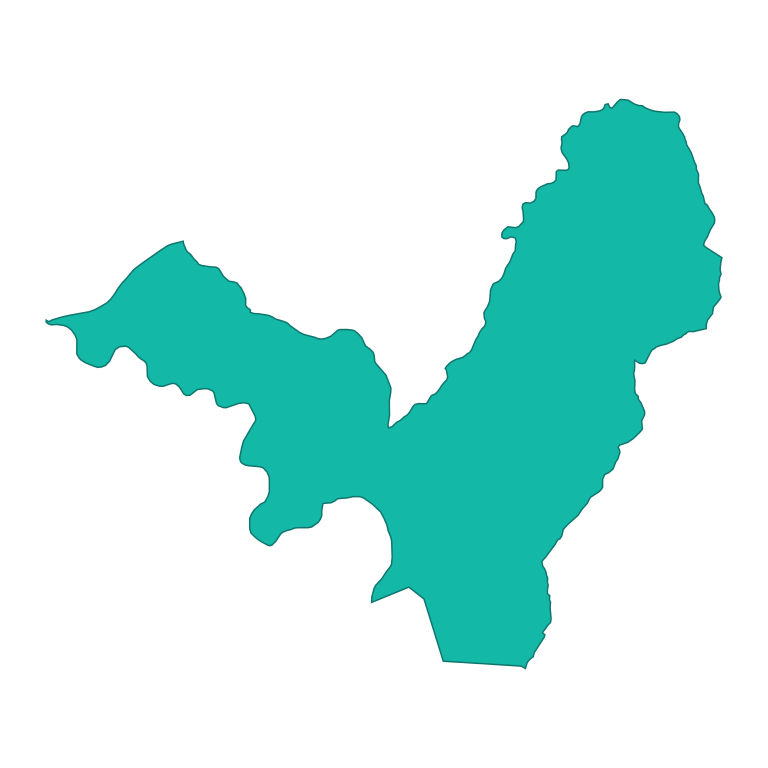 Phuentsholing, Chhukha, Bhutan
{"feature_id": "84629894B40040749916025", "entity_name": "Phuentsholing", "entity_type": "district", "adm_level": 2, "iso_a3": "BTN", "parent_name": "Bhutan", "parent_adm1": "Chhukha", "projection": "albers", "projection_center": [89.394, 26.918], "detail": "fine", "context": "isolated", "style": "filled", "palette": "teal", "viewbox_px": 768, "rotation_deg": 0, "n_neighbors": 0, "source": "geoboundaries", "source_scale": "gbopen_adm2", "svg_char_len": 6107}
<svg xmlns="http://www.w3.org/2000/svg" viewBox="0 0 768 768"><path d="M46.2,320.2L46.1,322.0L47.7,323.5L50.8,324.8L57.2,324.5L63.9,325.5L67.7,327.0L71.5,330.0L74.9,334.9L76.9,339.6L76.8,353.9L78.6,357.2L80.8,359.8L85.3,362.7L93.7,366.1L97.9,367.4L101.8,366.9L105.5,365.4L109.6,361.2L114.7,350.5L116.1,348.9L119.6,346.7L125.9,346.2L128.5,347.2L135.4,353.5L138.5,357.0L140.8,358.9L144.5,361.2L146.0,362.9L147.1,366.1L147.4,376.6L150.4,381.4L154.0,384.4L159.2,386.1L163.3,386.3L171.1,383.6L173.3,383.4L175.9,384.0L179.4,387.0L183.8,393.9L186.2,395.5L190.1,395.2L197.2,389.6L204.1,388.7L207.3,388.7L209.0,389.2L213.0,391.2L214.2,393.4L216.3,402.6L217.2,404.5L218.5,405.8L223.3,407.6L226.1,407.7L238.8,403.4L243.3,402.8L246.1,403.1L248.9,403.9L255.3,416.5L255.7,419.5L255.4,421.1L253.5,423.9L243.5,441.0L241.8,447.1L239.9,456.5L239.7,458.2L240.5,461.5L242.5,463.6L245.6,465.1L248.5,465.7L260.4,466.8L263.2,467.9L266.9,471.8L269.1,476.7L269.4,481.4L269.3,491.9L267.8,496.6L264.7,502.1L260.6,504.1L254.3,509.9L251.7,513.6L249.7,518.4L249.7,528.5L250.9,532.9L254.7,536.8L258.0,539.5L261.5,541.8L268.1,545.3L270.1,545.7L271.9,545.1L275.9,541.2L280.6,534.0L282.8,532.2L286.4,530.7L291.1,529.5L294.4,528.1L298.0,527.7L308.0,527.7L311.6,527.0L318.1,522.5L320.2,519.5L321.7,515.9L321.8,510.1L322.9,503.7L323.9,503.3L330.9,502.8L334.8,501.0L337.6,498.7L347.9,497.8L352.1,496.8L355.1,496.6L360.4,496.7L364.1,498.3L372.4,504.1L380.7,512.0L384.3,518.9L386.9,525.0L388.3,531.2L390.5,536.3L391.7,541.2L392.2,557.2L391.5,564.4L390.3,566.7L386.6,571.4L381.6,579.0L375.8,585.2L374.1,588.3L371.9,596.7L371.6,602.4L408.9,587.1L424.0,599.0L443.3,661.2L521.1,666.1L525.4,668.5L527.2,662.5L530.0,659.1L533.3,656.7L534.1,652.8L544.4,636.9L544.9,634.8L542.6,633.0L543.0,631.9L548.0,625.1L550.4,622.6L551.0,619.8L551.0,617.4L550.1,608.1L550.5,602.1L549.5,599.9L549.7,595.6L547.5,593.8L547.4,592.0L547.4,589.8L548.2,585.3L547.3,581.8L547.6,580.1L547.5,577.7L546.5,575.1L546.0,572.3L544.7,568.9L542.9,566.4L542.1,563.5L542.0,561.7L542.7,560.4L545.8,556.9L555.4,544.0L557.5,540.1L560.1,538.6L561.7,536.1L563.3,529.4L567.4,524.8L578.0,515.3L582.2,509.0L587.1,503.5L590.3,497.4L599.4,491.5L601.5,489.2L602.6,487.1L602.6,479.1L604.8,474.5L608.9,472.5L613.1,468.9L615.6,462.2L617.6,459.3L619.9,452.5L619.4,449.7L618.0,447.5L619.6,445.1L627.7,442.4L633.1,438.7L639.5,432.6L642.4,429.0L641.6,420.9L644.6,414.7L644.6,411.4L640.9,402.7L638.4,399.3L638.1,396.1L635.3,393.6L634.6,389.1L635.0,380.5L634.1,376.8L633.7,373.2L634.4,370.6L634.7,365.2L634.5,361.6L634.8,360.2L639.5,363.3L642.3,363.6L645.1,363.0L650.2,352.9L652.0,350.0L654.4,348.6L656.2,347.0L661.2,345.2L666.1,344.2L673.0,341.4L677.5,338.5L681.1,337.3L684.2,334.4L685.6,334.0L686.8,332.7L688.7,331.5L693.6,331.6L706.2,328.6L706.4,326.1L706.2,325.0L707.0,321.9L707.7,319.9L712.5,313.6L713.4,307.2L717.9,301.8L720.8,297.9L720.9,296.4L720.2,294.9L719.1,291.3L718.6,286.0L718.6,283.3L719.4,280.5L719.6,277.4L721.0,274.1L720.1,269.5L720.8,262.5L721.9,257.7L706.6,247.8L703.8,245.5L703.8,243.8L704.8,241.0L707.4,236.8L710.4,229.7L714.5,222.9L714.7,219.2L714.2,216.8L711.7,212.2L709.5,209.1L707.2,205.1L706.3,204.2L705.0,203.8L703.2,196.0L701.9,193.6L700.0,187.0L698.4,183.0L698.5,174.0L696.4,169.3L696.3,166.2L695.8,164.7L694.4,161.9L691.2,152.6L686.7,144.8L686.1,141.6L684.9,139.0L684.5,136.5L683.6,135.6L682.9,133.8L679.2,128.3L678.5,126.6L678.6,123.5L679.9,119.9L679.6,117.1L678.6,115.5L677.4,114.0L675.7,112.7L674.0,112.1L664.3,112.3L654.9,111.2L650.7,110.1L645.4,107.9L642.4,105.8L638.6,105.5L634.3,104.0L628.2,100.2L622.6,99.5L620.1,99.6L617.1,102.3L613.5,106.6L611.7,108.2L609.7,107.2L608.1,103.8L605.2,104.6L604.0,107.6L602.5,109.6L599.7,110.9L593.7,111.9L588.1,111.8L584.9,113.1L582.7,114.8L582.1,115.8L581.3,117.4L580.0,123.7L578.6,125.7L577.6,126.6L573.8,125.8L571.8,126.2L568.7,129.3L567.3,132.3L565.9,133.8L561.7,136.7L561.5,139.6L562.1,142.7L561.1,147.6L561.3,149.7L562.3,152.9L566.8,159.1L568.6,162.9L569.1,167.3L568.9,168.4L568.0,169.5L566.6,170.3L558.1,170.1L556.3,171.7L556.0,180.0L554.0,182.0L551.6,183.3L547.5,183.8L540.2,187.1L537.8,188.9L536.3,191.2L536.0,192.6L536.0,197.9L535.7,198.9L534.0,201.3L530.4,203.1L525.4,202.7L523.1,204.0L522.2,206.8L522.4,209.4L523.0,210.8L523.6,219.8L523.1,221.9L518.7,226.6L515.6,227.7L507.9,226.8L504.2,229.7L502.1,232.8L501.8,234.9L501.9,237.2L503.9,238.5L505.7,238.7L507.6,238.4L510.6,237.0L512.5,237.1L515.3,238.1L516.3,241.8L515.7,244.1L515.1,251.3L513.4,253.2L512.5,255.0L510.0,261.6L505.7,268.2L503.7,274.5L501.6,278.5L498.4,281.5L493.9,283.5L492.9,284.5L490.5,290.1L489.8,300.8L487.5,306.8L484.7,311.0L483.9,313.1L484.4,318.2L485.7,321.3L485.6,323.9L484.5,326.3L482.0,328.8L479.7,332.2L478.1,336.0L475.9,339.5L471.4,350.2L469.2,352.8L467.2,353.7L466.0,355.0L462.6,357.4L455.6,359.6L452.3,361.3L449.8,363.0L446.9,366.0L445.2,368.4L446.3,369.8L447.4,375.2L447.6,376.8L447.0,379.5L443.9,382.7L441.5,385.8L438.7,390.3L436.6,392.6L435.3,393.9L431.8,395.4L430.8,396.4L426.7,403.4L425.5,403.8L418.6,403.6L414.9,404.5L413.0,406.5L409.5,412.3L407.2,415.1L404.1,416.9L400.3,420.4L396.7,422.3L391.8,426.9L388.6,427.8L387.9,425.3L389.5,415.5L389.3,400.7L390.7,392.5L390.9,388.0L389.9,385.3L386.0,375.2L376.3,364.0L374.8,361.7L374.2,355.8L373.3,352.6L370.2,349.3L365.5,345.9L361.7,337.6L357.4,333.0L354.1,330.6L351.6,330.0L346.4,329.5L339.3,329.6L336.8,331.0L331.1,336.1L326.2,338.2L321.9,339.1L318.1,338.7L315.3,337.5L303.6,334.4L299.4,332.3L289.6,325.3L288.1,323.6L286.7,322.7L284.5,321.7L275.5,319.0L271.9,316.7L268.5,315.4L259.4,313.9L253.7,313.5L250.1,312.2L250.5,310.0L247.2,307.6L246.0,306.1L245.6,304.9L245.7,298.6L244.1,293.9L240.9,287.5L239.5,286.3L237.1,283.1L233.6,281.9L228.9,281.2L223.3,276.2L219.5,269.7L218.1,268.2L216.0,267.2L209.8,266.8L201.6,265.5L198.5,264.2L196.9,261.8L194.1,259.1L190.7,254.5L187.3,251.7L186.0,249.7L183.5,243.6L183.2,241.2L171.7,244.1L168.0,245.5L160.1,250.6L141.1,264.0L133.5,269.9L126.2,278.7L122.1,283.0L118.3,288.0L114.2,294.6L110.4,299.5L106.7,303.0L101.8,305.9L95.3,309.5L89.0,311.8L69.5,315.3L61.3,317.2L51.9,320.0L48.9,321.7L46.2,320.2Z" fill="#14b8a6" stroke="#0f766e" stroke-width="1.5"/></svg>